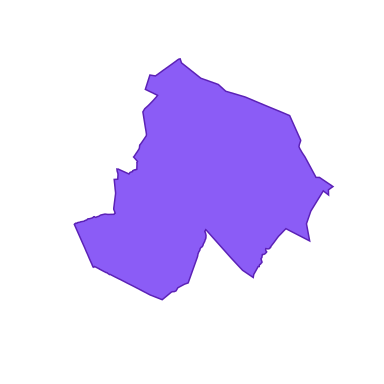 the district of García, Nuevo León, Mexico, rotated 138°
{"feature_id": "50627088B2977795978715", "entity_name": "García", "entity_type": "district", "adm_level": 2, "iso_a3": "MEX", "parent_name": "Mexico", "parent_adm1": "Nuevo León", "projection": "robinson", "projection_center": [-100.588, 25.805], "detail": "fine", "context": "isolated", "style": "filled", "palette": "violet", "viewbox_px": 384, "rotation_deg": 138, "n_neighbors": 0, "source": "geoboundaries", "source_scale": "gbopen_adm2", "svg_char_len": 5229}
<svg xmlns="http://www.w3.org/2000/svg" viewBox="0 0 384 384"><g transform="rotate(138 192 192)"><path d="M141.5,302.7L145.0,307.1L158.0,299.5L152.9,286.9L154.8,286.5L160.4,285.9L166.5,285.5L171.4,285.5L174.9,284.4L183.9,270.5L185.6,267.8L187.2,265.4L188.3,264.4L189.9,264.0L193.9,263.0L195.6,262.6L198.7,261.9L198.8,262.0L199.0,262.0L199.2,261.9L199.4,261.8L199.6,261.7L199.8,261.6L200.1,261.3L201.0,260.5L201.8,259.8L202.0,259.7L202.7,259.4L204.1,259.0L205.9,258.5L207.7,258.1L208.8,257.8L210.7,257.3L211.8,257.1L212.0,257.1L212.0,251.2L212.3,251.1L212.6,250.9L212.8,250.9L213.1,250.8L213.4,250.7L213.5,250.6L213.6,250.4L213.6,250.2L217.9,245.7L218.0,245.7L218.1,245.8L218.5,246.2L218.8,246.3L219.2,246.3L219.3,246.4L219.5,246.6L220.0,247.0L220.3,247.0L220.5,247.1L221.4,247.4L221.8,247.5L222.5,247.0L224.9,248.0L225.5,247.9L225.9,247.7L226.0,247.7L226.4,247.8L226.5,247.7L226.8,247.6L231.6,258.6L231.9,258.6L232.0,258.7L232.4,259.0L232.5,259.2L233.1,258.4L233.5,257.8L233.7,257.5L234.1,256.7L234.2,256.3L234.5,255.7L234.8,255.2L235.3,254.5L235.7,254.1L236.5,253.3L237.5,252.3L238.6,251.2L238.8,251.3L241.4,253.4L241.7,253.0L243.1,251.1L246.3,246.7L246.7,246.2L249.2,242.7L249.6,242.3L249.9,241.9L254.3,238.1L255.6,237.0L258.0,234.9L258.8,234.2L260.3,232.9L261.1,232.2L261.4,231.9L261.6,231.6L261.8,231.4L262.0,230.8L262.3,229.9L262.8,228.7L263.0,228.2L263.2,227.9L263.3,227.7L263.6,227.8L263.9,227.9L264.7,227.6L265.0,227.7L269.5,231.6L271.4,233.8L273.3,234.9L275.4,236.0L277.8,236.4L279.0,237.1L280.4,237.4L280.8,238.0L281.0,238.5L281.0,238.9L281.7,239.4L282.7,239.3L284.0,239.7L286.3,240.9L286.7,241.2L287.1,241.6L287.4,241.7L288.1,241.7L289.2,241.7L290.0,242.2L290.7,242.4L291.2,242.5L291.7,242.5L292.2,242.8L293.8,243.8L294.5,244.3L295.1,244.4L296.0,244.9L296.9,245.5L297.4,245.7L297.7,245.9L298.2,245.9L298.5,245.8L298.8,246.0L299.0,246.3L299.1,246.5L299.5,246.7L299.9,246.6L300.1,246.7L300.3,246.7L300.5,246.8L300.8,246.7L301.1,246.7L307.4,227.5L309.2,221.9L310.3,218.8L311.3,215.6L311.9,213.9L313.1,210.4L314.8,205.1L315.2,204.1L315.7,202.4L315.7,202.2L315.4,202.2L315.2,202.2L314.8,202.1L314.5,202.0L314.5,201.6L314.2,201.6L314.1,201.4L314.0,201.2L313.7,200.6L313.6,200.3L313.6,200.1L313.3,199.4L313.0,198.6L312.7,197.8L312.5,197.4L312.4,197.2L312.5,197.1L312.4,196.7L311.9,195.4L310.7,192.1L310.2,190.8L309.7,189.5L309.7,189.4L309.3,189.2L309.2,189.1L309.1,188.8L309.0,187.7L308.9,187.3L308.6,186.0L308.6,185.9L308.1,185.7L307.8,185.1L307.1,183.2L306.6,181.9L305.8,179.8L305.7,179.6L304.2,175.7L304.0,175.4L303.3,173.5L302.9,172.4L302.5,171.5L302.2,170.5L302.1,170.4L301.4,168.4L299.2,162.8L297.9,159.4L292.0,143.5L286.2,131.9L274.2,131.4L272.9,130.8L272.0,129.9L270.0,129.2L266.6,130.3L259.2,128.5L255.7,127.0L231.1,140.3L230.8,140.6L230.7,140.6L230.3,140.9L230.0,141.2L229.6,141.4L229.4,141.6L229.1,141.9L228.6,142.2L228.2,142.3L227.8,142.5L227.6,142.6L227.4,142.8L227.1,142.9L226.6,143.1L226.2,143.1L225.6,143.4L225.4,143.5L225.1,143.5L224.9,143.7L224.6,144.0L224.3,144.1L224.2,144.2L224.0,144.3L223.8,144.5L223.5,144.6L223.1,144.6L222.9,144.6L222.6,144.7L222.4,144.8L222.2,144.8L222.1,144.7L221.8,144.6L221.6,144.6L221.3,144.6L221.1,144.5L220.8,144.6L220.5,144.7L220.2,144.8L219.9,144.8L219.4,145.2L219.2,145.2L218.7,145.5L218.5,145.8L218.2,145.9L218.0,146.0L217.8,146.0L217.7,146.0L217.1,146.2L216.6,146.5L216.2,146.6L215.9,146.6L215.7,146.8L215.4,147.0L215.1,147.1L214.8,147.3L214.6,147.4L214.2,147.7L213.9,147.9L213.6,147.9L213.4,148.0L213.1,148.0L212.8,148.3L212.5,148.7L212.2,148.9L211.9,149.0L211.8,149.3L211.6,149.4L210.8,150.1L210.7,150.3L210.4,150.8L210.0,151.3L209.5,152.3L209.5,152.5L209.2,152.9L209.0,153.2L209.0,153.6L209.1,153.9L208.7,154.3L208.1,154.4L207.7,154.4L207.6,154.5L207.4,154.7L207.0,154.9L206.9,154.6L207.1,116.5L206.9,104.7L206.8,100.0L205.2,93.5L203.7,87.5L201.3,89.4L197.4,90.7L192.8,92.3L191.9,91.6L191.2,92.3L190.8,92.6L190.6,92.7L190.3,92.8L189.5,92.6L189.1,92.6L188.8,92.7L188.4,92.8L187.8,92.8L187.4,92.8L187.1,92.9L186.9,93.0L186.6,93.5L186.5,93.9L186.4,94.2L186.0,94.8L186.0,95.0L185.7,95.5L185.6,95.8L185.1,96.4L184.6,96.4L184.4,96.4L184.2,96.5L183.8,96.6L183.6,96.8L182.8,97.5L182.4,97.8L181.9,98.1L181.8,98.3L181.7,98.4L181.6,98.5L181.3,98.4L180.8,97.9L180.6,97.7L180.4,97.6L180.2,97.5L179.9,97.5L179.6,97.4L179.4,97.3L178.7,97.2L178.4,97.3L178.1,97.3L177.7,97.3L177.3,97.4L177.1,97.3L176.9,97.4L176.5,97.6L176.4,97.8L176.5,98.7L176.5,98.9L176.4,99.1L176.0,99.6L175.8,99.9L175.6,100.2L175.0,100.6L174.9,100.5L173.8,99.1L173.7,98.9L173.4,98.7L173.2,98.6L172.8,98.3L172.6,98.3L172.3,98.2L172.1,98.2L171.7,98.2L171.4,98.2L170.8,98.3L170.9,98.5L168.1,99.1L165.2,99.6L162.3,100.2L159.5,100.8L157.3,101.2L153.8,101.4L148.9,101.8L146.7,101.9L146.6,101.5L144.8,96.7L137.3,76.9L128.2,91.8L116.5,98.3L94.4,104.8L93.7,105.0L92.5,98.4L89.2,102.3L86.2,102.0L83.6,101.7L87.5,117.5L90.1,119.9L89.7,121.4L84.6,142.4L83.8,147.8L82.8,152.4L82.1,154.2L80.5,155.4L76.9,157.4L76.5,158.0L68.3,183.4L71.5,190.3L72.5,192.4L78.3,204.5L83.5,215.5L88.7,226.6L89.3,227.7L99.5,244.3L100.5,254.3L109.3,270.6L113.4,295.0L111.7,298.9L113.0,299.6L113.8,299.7L114.2,299.8L114.3,299.8L115.5,299.9L116.7,300.0L122.4,300.6L131.9,301.7L141.5,302.7Z" fill="#8b5cf6" stroke="#5b21b6" stroke-width="1.5"/></g></svg>